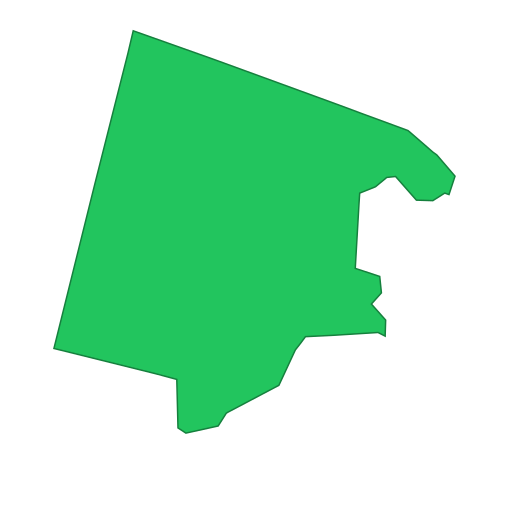 Chesapeake, Virginia, United States of America (Natural Earth projection), rotated 104°
{"feature_id": "52423323B47128133018764", "entity_name": "Chesapeake", "entity_type": "district", "adm_level": 2, "iso_a3": "USA", "parent_name": "United States of America", "parent_adm1": "Virginia", "projection": "natural_earth1", "projection_center": [-76.309, 36.708], "detail": "fine", "context": "isolated", "style": "filled", "palette": "green", "viewbox_px": 512, "rotation_deg": 104, "n_neighbors": 0, "source": "geoboundaries", "source_scale": "gbopen_adm2", "svg_char_len": 686}
<svg xmlns="http://www.w3.org/2000/svg" viewBox="0 0 512 512"><g transform="rotate(104 256 256)"><path d="M67.2,429.6L90.4,429.3L169.0,429.6L225.2,429.8L225.3,429.8L394.6,429.7L394.5,325.0L394.9,303.0L441.7,290.1L444.8,281.2L430.1,251.6L415.7,246.8L414.2,245.3L375.9,202.5L337.6,195.1L329.8,191.6L322.3,188.5L314.2,161.7L300.7,119.1L302.5,111.3L286.8,114.7L274.7,132.4L261.4,125.4L245.9,131.0L244.0,156.7L180.4,168.7L169.9,170.6L159.9,156.8L148.1,148.1L145.1,139.8L163.0,113.9L159.5,97.8L149.3,88.1L149.7,83.6L130.4,82.2L114.2,105.0L112.4,109.5L98.6,136.6L97.5,138.9L92.2,187.7L89.2,214.4L89.2,214.5L75.5,343.9L67.2,429.6Z" fill="#22c55e" stroke="#15803d" stroke-width="1.5"/></g></svg>